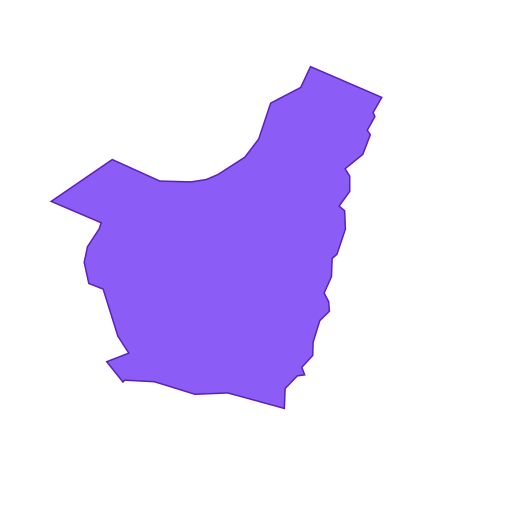 the district of Greenwood, South Carolina, United States of America, rotated 66°
{"feature_id": "52423323B39271330460485", "entity_name": "Greenwood", "entity_type": "district", "adm_level": 2, "iso_a3": "USA", "parent_name": "United States of America", "parent_adm1": "South Carolina", "projection": "orthographic", "projection_center": [-82.114, 34.181], "detail": "fine", "context": "isolated", "style": "filled", "palette": "violet", "viewbox_px": 512, "rotation_deg": 66, "n_neighbors": 0, "source": "geoboundaries", "source_scale": "gbopen_adm2", "svg_char_len": 803}
<svg xmlns="http://www.w3.org/2000/svg" viewBox="0 0 512 512"><g transform="rotate(66 256 256)"><path d="M406.8,292.1L388.9,283.3L382.3,267.0L384.4,259.9L376.3,259.4L369.9,244.6L358.0,238.9L341.0,224.0L336.3,211.4L327.4,208.2L317.5,208.8L305.6,195.5L289.2,187.4L287.4,181.4L267.8,163.4L250.7,156.6L244.2,159.8L235.1,144.1L221.2,137.9L212.5,139.1L206.6,117.1L191.8,102.3L186.4,103.2L177.0,90.7L172.5,90.6L162.3,76.6L134.8,101.9L105.2,129.2L120.2,146.6L122.3,180.4L150.2,205.9L161.2,226.0L166.1,257.8L165.9,270.5L161.8,285.4L148.4,313.4L109.4,348.1L122.8,420.9L162.7,383.9L167.5,388.3L179.0,406.2L191.9,415.5L213.1,419.9L224.1,409.1L273.1,414.8L293.0,411.7L291.8,435.4L317.0,428.8L316.0,426.5L329.5,400.0L357.5,368.0L369.6,337.5L406.8,292.1Z" fill="#8b5cf6" stroke="#5b21b6" stroke-width="1.5"/></g></svg>